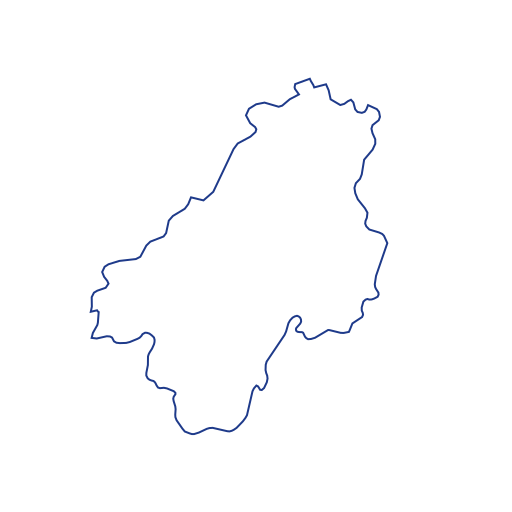 the border of Loiret, rotated 120°
{"feature_id": "FRA-5317", "entity_name": "Loiret", "entity_type": "Metropolitan department", "adm_level": 1, "iso_a3": "FRA", "parent_name": "France", "parent_adm1": "", "projection": "robinson", "projection_center": [2.43, 47.912], "detail": "fine", "context": "isolated", "style": "outline", "palette": "blue", "viewbox_px": 512, "rotation_deg": 120, "n_neighbors": 0, "source": "natural_earth", "source_scale": "10m", "svg_char_len": 2918}
<svg xmlns="http://www.w3.org/2000/svg" viewBox="0 0 512 512"><g transform="rotate(120 256 256)"><path d="M87.5,308.0L75.6,298.0L77.0,296.1L79.4,291.7L80.9,289.9L72.3,281.2L76.2,275.9L83.0,269.7L83.1,258.5L80.1,255.6L76.0,253.8L73.2,251.9L74.3,248.5L79.4,243.4L80.5,240.1L79.1,235.9L76.8,234.0L74.0,233.7L69.3,234.4L68.4,224.8L69.7,221.5L73.5,218.2L77.1,217.6L84.4,220.5L88.0,219.7L91.4,216.5L95.3,211.1L99.2,208.8L105.6,208.2L118.5,210.5L132.5,205.2L137.2,204.5L143.0,205.9L147.8,204.8L152.0,201.4L156.0,196.2L160.2,185.5L162.8,181.1L167.5,179.1L170.8,178.7L173.4,177.6L175.2,175.3L176.4,171.1L174.1,161.2L173.8,157.7L174.5,155.3L179.2,148.7L213.2,142.1L221.1,139.0L223.3,137.3L224.5,135.6L226.5,131.7L228.2,130.5L230.5,130.3L233.7,132.3L235.8,134.1L237.1,136.1L237.5,138.0L239.0,139.3L241.8,140.2L247.8,138.7L250.4,137.1L251.9,135.1L253.4,133.9L255.8,133.6L266.2,138.8L273.3,137.8L275.3,137.6L278.8,141.6L280.2,144.2L283.4,155.2L283.8,156.1L284.1,156.6L297.3,164.0L300.3,166.8L302.0,169.3L302.0,171.3L301.4,173.2L298.9,176.8L298.9,177.6L299.0,178.2L300.3,180.6L300.9,182.3L300.6,183.9L299.3,184.9L298.3,185.1L292.4,183.9L290.3,184.1L288.5,185.3L287.3,187.0L287.0,188.9L287.3,190.6L288.9,192.2L291.1,193.5L294.6,194.3L298.0,194.3L306.3,192.2L310.1,191.8L342.1,194.0L345.3,193.2L350.0,190.7L352.3,188.6L354.0,186.5L356.4,184.7L360.0,183.5L366.3,183.0L369.2,184.0L369.8,185.6L368.8,187.3L367.9,189.1L368.0,190.9L371.7,191.6L374.9,191.4L398.4,184.2L401.5,184.2L405.7,184.7L414.6,186.9L417.7,188.4L419.5,189.6L421.2,191.3L422.1,193.3L426.5,207.6L428.3,210.3L430.3,212.2L437.5,217.2L441.2,220.6L442.3,222.6L442.8,224.7L443.6,229.9L442.3,233.4L438.0,242.6L435.9,245.2L433.8,246.6L428.9,249.0L426.6,250.7L422.9,254.7L421.0,256.3L419.0,256.9L415.9,256.7L414.8,257.4L414.2,259.6L415.2,266.9L416.2,269.9L418.5,273.1L418.9,275.1L417.8,277.4L416.6,279.1L415.9,280.4L415.5,282.2L416.1,284.4L416.4,286.4L416.1,288.6L414.4,291.2L412.1,292.5L404.5,295.1L397.0,299.3L394.8,299.8L392.7,299.9L388.2,299.7L383.4,300.2L381.2,300.9L379.3,301.9L377.7,303.5L377.5,303.9L376.8,306.8L376.5,309.5L377.0,311.9L377.9,313.7L380.4,315.2L382.6,315.3L384.9,315.9L387.0,317.2L393.6,322.3L396.2,325.0L399.5,330.3L400.9,333.5L400.9,336.3L398.6,339.9L398.7,342.2L400.1,345.1L407.1,352.7L409.1,357.4L404.2,358.8L395.1,358.9L392.8,359.6L383.2,364.2L383.1,365.3L382.5,366.5L386.9,371.2L382.0,372.8L373.8,377.7L368.8,378.0L365.4,376.1L358.7,370.3L353.7,369.9L351.9,372.4L350.0,377.1L346.8,381.2L341.0,381.7L336.9,379.6L328.6,371.9L318.7,358.5L314.5,355.8L301.8,356.2L296.4,354.7L285.3,345.8L281.1,345.3L269.0,349.2L262.9,348.0L250.7,341.3L245.1,340.6L237.7,341.6L234.1,329.3L221.8,325.1L174.6,328.9L167.7,328.1L155.4,320.5L148.9,318.4L146.1,319.1L144.8,321.2L143.9,327.4L139.2,335.0L132.0,335.7L124.5,331.7L118.9,325.3L115.4,311.0L112.7,308.5L103.3,305.1L94.6,299.6L91.8,305.8L90.5,307.0L87.5,308.0Z" fill="none" stroke="#1e3a8a" stroke-width="2"/></g></svg>